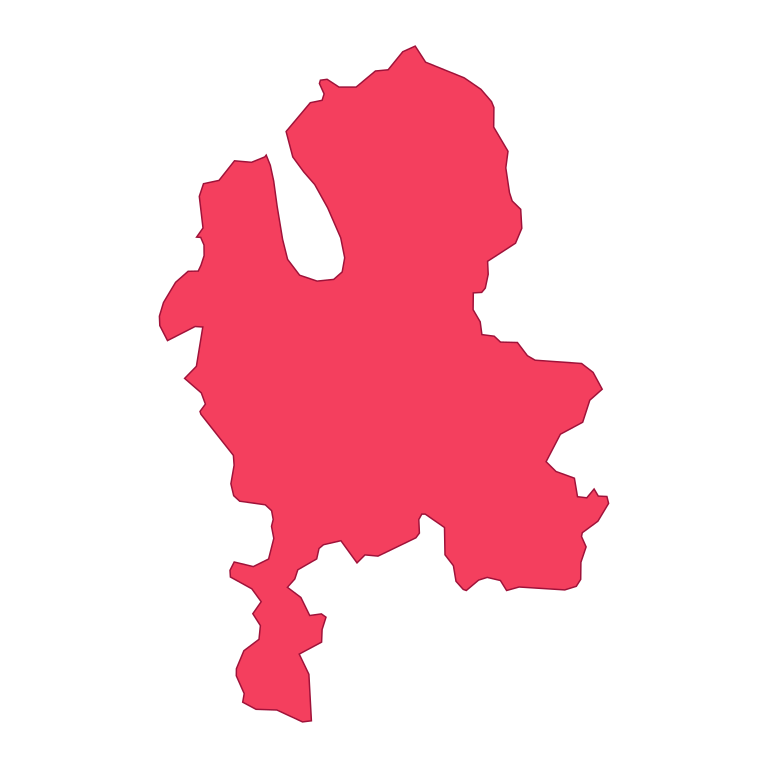 map outline of Staffordshire (orthographic projection)
{"feature_id": "GBR-2777", "entity_name": "Staffordshire", "entity_type": "Administrative County", "adm_level": 1, "iso_a3": "GBR", "parent_name": "United Kingdom", "parent_adm1": "", "projection": "orthographic", "projection_center": [-2.054, 52.818], "detail": "fine", "context": "isolated", "style": "filled", "palette": "rose", "viewbox_px": 768, "rotation_deg": 0, "n_neighbors": 0, "source": "natural_earth", "source_scale": "10m", "svg_char_len": 2171}
<svg xmlns="http://www.w3.org/2000/svg" viewBox="0 0 768 768"><path d="M224.0,443.5L200.9,414.2L200.0,411.4L205.4,404.1L201.3,392.9L186.8,380.3L184.6,378.4L196.4,366.3L202.8,327.0L195.1,326.5L167.5,340.6L159.8,325.6L159.4,316.2L163.5,302.5L175.6,282.3L188.1,271.3L198.2,271.1L201.0,265.2L204.1,255.7L204.0,245.0L200.7,237.4L196.6,237.1L203.0,228.0L199.3,196.4L203.5,183.7L219.0,180.4L234.5,160.8L251.5,162.3L264.8,156.9L266.2,155.1L270.3,165.3L273.7,181.1L277.1,206.1L282.6,239.4L287.6,259.4L299.6,275.2L317.1,281.1L333.7,279.4L342.2,271.9L344.7,257.8L340.7,237.8L327.7,207.9L314.7,184.5L303.8,172.0L292.8,157.0L286.1,131.5L310.3,102.7L322.1,100.3L324.1,93.9L319.4,83.5L320.4,80.2L327.1,79.3L339.0,87.1L356.1,87.1L375.4,71.0L388.1,69.8L402.8,51.7L415.2,46.1L425.6,62.2L464.3,77.9L480.9,89.3L491.5,101.6L493.9,107.5L493.7,127.1L508.0,151.3L505.8,167.9L509.5,192.7L512.2,201.0L520.7,209.3L521.8,228.3L515.5,243.2L487.6,261.3L488.2,274.3L485.3,288.1L481.7,292.4L473.3,292.9L473.1,309.7L480.2,321.8L481.9,334.6L494.2,336.2L500.5,342.1L517.4,342.5L527.4,355.7L535.1,360.2L581.6,363.5L593.1,372.4L602.2,389.2L589.8,400.2L582.7,422.2L560.4,434.2L546.1,461.7L556.0,471.5L574.4,478.2L577.5,496.7L586.8,497.8L594.1,489.0L598.3,496.1L606.9,496.5L608.6,503.4L597.9,521.2L582.3,532.7L581.5,536.5L586.1,546.9L580.9,562.3L580.7,579.4L576.3,586.3L564.8,589.9L519.1,587.0L506.6,590.5L500.4,580.5L487.2,577.4L478.6,580.1L466.3,590.5L463.2,589.4L456.0,581.3L453.4,565.7L445.0,554.8L444.5,527.5L425.2,514.1L421.8,514.1L418.8,519.5L419.4,533.1L415.9,537.8L378.0,556.1L365.0,554.9L357.0,562.9L340.9,540.7L323.5,544.7L319.0,548.5L316.7,558.9L297.8,569.8L294.8,579.0L287.4,587.3L300.9,597.5L309.7,615.5L321.4,613.9L326.0,617.2L322.1,629.5L321.6,642.1L299.2,654.1L308.9,674.3L311.4,720.8L302.5,721.9L276.8,710.0L256.0,709.3L242.7,702.2L244.2,693.6L236.3,675.8L236.4,668.7L243.9,650.7L259.0,639.3L260.4,625.6L252.8,613.7L261.2,601.7L251.8,588.8L230.4,577.0L230.0,570.3L234.2,562.0L253.3,566.6L268.6,559.0L273.8,538.4L271.5,526.3L273.2,519.5L271.6,510.7L265.3,504.8L239.7,501.2L233.7,495.7L230.9,483.8L234.1,465.3L233.4,455.4L224.0,443.5Z" fill="#f43f5e" stroke="#9f1239" stroke-width="1.5"/></svg>